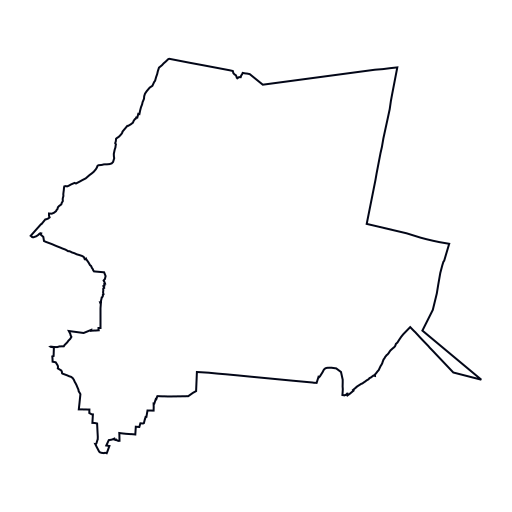 outline of Villa González Ortega, Zacatecas, Mexico
{"feature_id": "50627088B17706394506285", "entity_name": "Villa González Ortega", "entity_type": "district", "adm_level": 2, "iso_a3": "MEX", "parent_name": "Mexico", "parent_adm1": "Zacatecas", "projection": "mercator", "projection_center": [-101.992, 22.544], "detail": "fine", "context": "isolated", "style": "outline", "palette": "ink", "viewbox_px": 512, "rotation_deg": 0, "n_neighbors": 0, "source": "geoboundaries", "source_scale": "gbopen_adm2", "svg_char_len": 5760}
<svg xmlns="http://www.w3.org/2000/svg" viewBox="0 0 512 512"><path d="M249.7,74.1L248.6,73.9L247.3,73.6L245.2,73.4L242.7,72.9L242.1,74.3L241.2,75.5L240.7,77.2L239.1,77.1L237.3,78.3L236.7,77.6L236.6,76.8L235.8,75.2L234.5,74.4L233.4,73.2L232.8,71.0L229.8,70.3L203.4,65.3L189.9,62.8L169.3,58.8L168.3,59.1L165.7,61.6L163.6,63.4L162.1,65.1L160.4,66.5L159.0,67.6L157.8,71.3L157.2,74.0L156.1,77.1L155.1,80.7L154.1,82.1L152.4,85.8L149.7,87.6L148.1,89.5L146.6,91.3L145.0,93.7L144.2,96.2L144.0,98.7L143.3,100.5L142.6,102.1L142.1,104.4L141.0,107.2L140.1,110.6L139.4,114.1L138.3,113.8L137.3,117.6L136.3,117.4L135.6,118.8L134.9,119.1L133.7,120.8L132.9,122.7L130.8,124.3L128.1,125.9L127.3,125.9L124.1,129.7L122.5,131.6L122.3,132.6L121.5,133.9L119.9,135.7L118.8,136.8L117.1,137.9L116.1,138.7L115.8,141.3L115.2,143.2L115.9,144.3L115.7,145.2L115.4,147.5L114.7,149.6L113.8,153.9L113.9,156.4L114.2,158.2L113.1,161.9L111.7,163.4L109.5,164.1L107.2,164.3L105.3,164.3L103.8,164.4L101.9,164.9L100.1,165.1L98.7,165.2L97.8,165.6L97.3,166.2L96.9,167.6L96.5,168.1L95.9,169.2L94.8,170.5L93.7,171.8L91.8,173.4L89.6,175.0L87.3,177.0L85.7,178.4L83.3,179.6L81.6,180.5L80.2,181.3L76.0,183.5L74.6,182.9L71.1,184.4L68.6,185.8L67.1,186.4L65.7,186.1L64.3,186.4L64.0,187.8L63.8,190.1L63.5,192.4L63.3,194.1L63.4,196.0L62.8,198.2L62.7,199.4L62.8,200.6L62.8,201.1L61.7,203.0L61.3,204.4L59.1,206.0L57.9,207.3L57.5,209.0L56.6,210.0L56.0,211.2L53.9,212.8L51.7,213.7L49.0,213.5L49.0,215.8L49.6,217.4L48.2,218.5L46.2,219.3L45.9,219.3L45.3,219.4L41.5,224.1L41.0,224.2L35.4,230.5L30.7,235.8L31.9,236.7L31.9,236.9L32.5,237.2L33.3,237.3L36.2,236.3L38.3,234.9L39.0,234.1L40.3,233.2L41.1,233.4L40.5,234.4L43.3,236.9L44.0,241.0L44.5,241.2L45.4,241.7L46.5,242.1L51.6,244.0L52.6,244.4L54.6,245.3L56.5,246.1L60.6,247.7L62.4,248.5L64.9,249.4L65.6,249.7L67.0,250.5L68.1,251.2L69.3,251.2L70.6,251.7L71.8,252.4L74.4,253.2L76.7,254.3L79.2,255.0L81.9,255.9L83.2,256.6L84.1,257.4L84.5,258.8L85.1,259.4L85.5,259.2L86.0,258.7L86.2,259.2L87.7,261.3L88.6,262.6L90.0,265.1L91.1,266.0L91.9,267.9L92.9,269.3L93.2,270.3L93.7,271.0L94.0,271.4L104.1,272.3L105.6,276.1L104.9,279.0L103.6,280.5L104.0,281.3L104.3,281.7L105.1,283.8L104.2,284.1L104.5,285.6L103.4,286.1L103.9,287.0L104.2,287.9L103.3,288.5L103.2,289.2L103.3,290.6L103.1,291.9L103.1,292.7L103.4,293.7L103.5,294.3L102.9,294.6L102.8,295.0L102.9,295.5L102.9,295.9L102.7,296.3L102.2,297.3L101.7,297.5L101.6,298.2L101.0,300.9L101.0,302.5L100.1,302.4L100.8,304.4L100.5,308.2L100.5,309.4L100.5,328.0L98.5,328.0L98.5,329.1L98.7,330.3L96.1,330.5L92.9,330.6L91.1,330.8L91.2,329.9L83.6,333.0L68.8,331.0L69.8,332.9L70.4,334.2L70.6,335.3L71.4,336.9L70.2,338.9L68.5,340.6L67.2,342.4L66.2,343.4L64.5,345.1L63.8,346.3L59.5,346.4L57.2,347.1L53.9,347.0L50.8,346.6L50.5,346.7L50.8,346.9L53.9,347.3L53.6,356.0L52.3,356.4L52.5,358.8L52.6,361.7L55.7,362.3L57.4,365.0L57.9,366.1L58.0,367.1L57.8,368.4L61.3,370.5L61.9,371.8L62.0,373.1L62.4,373.6L63.5,374.0L67.3,375.4L69.0,376.2L71.2,376.9L72.8,378.2L73.9,379.9L74.8,382.0L75.6,383.3L76.5,385.1L77.4,387.3L78.4,389.6L78.7,391.3L80.2,393.7L80.4,394.3L79.4,403.9L78.8,409.4L81.1,409.4L86.7,409.5L88.8,409.5L89.4,409.5L89.3,413.0L90.4,413.6L91.6,414.3L92.9,414.4L92.4,422.9L94.6,423.0L96.3,423.3L97.1,423.5L97.5,431.5L97.8,436.9L97.7,439.5L97.5,439.8L96.4,443.4L95.8,444.2L95.3,444.1L96.7,447.0L98.1,449.6L98.7,450.8L99.1,451.5L99.7,452.2L101.3,452.8L103.6,453.1L104.0,453.1L104.6,452.9L105.7,452.9L106.3,453.0L106.7,453.2L107.1,452.3L109.4,446.0L106.3,445.5L108.7,440.3L108.8,440.1L110.9,439.8L112.2,439.5L114.1,438.7L114.1,439.4L115.7,439.5L115.6,440.0L116.8,440.2L118.3,440.9L119.5,440.8L119.4,435.3L119.3,433.0L120.7,433.2L123.1,433.5L125.0,433.7L125.9,433.8L127.3,433.9L130.2,434.1L131.2,434.1L133.6,434.3L135.3,434.5L135.8,426.7L139.3,427.0L140.4,423.3L143.0,423.5L143.9,423.1L144.9,419.1L145.0,419.1L145.6,416.9L146.4,416.9L147.5,410.5L153.6,410.6L153.7,407.1L153.6,403.5L154.3,403.6L155.8,399.0L156.3,399.2L157.3,396.2L157.6,396.1L159.1,396.2L161.5,396.3L163.2,396.3L166.3,396.4L168.0,396.5L188.2,396.2L193.0,392.8L196.1,391.1L196.9,372.0L208.6,372.7L217.5,373.6L226.1,374.3L237.8,375.4L249.9,376.6L255.2,377.1L291.7,380.6L312.3,382.5L314.1,382.8L315.6,382.8L316.6,382.9L318.1,378.2L318.5,376.9L319.0,377.3L319.9,376.4L322.5,372.3L323.9,369.6L325.4,368.3L327.2,367.8L331.2,367.7L336.2,368.4L341.0,372.0L342.7,379.7L342.7,382.6L342.6,386.5L342.8,389.1L342.7,391.2L342.6,392.8L342.5,393.9L342.4,395.0L343.3,395.2L343.8,395.2L344.4,395.4L345.1,395.0L345.8,395.0L347.1,393.6L347.3,393.6L347.2,394.5L347.5,395.4L349.9,393.7L351.9,392.0L353.5,390.7L353.0,390.0L356.6,387.0L356.6,386.8L361.3,383.8L362.3,383.5L363.0,383.0L364.1,382.2L365.2,381.5L365.8,381.0L366.9,380.2L368.2,379.5L368.9,378.9L369.5,378.1L370.7,377.6L371.5,377.0L373.5,375.5L375.0,375.9L374.9,374.6L376.0,373.4L377.5,371.4L378.7,370.1L380.0,367.3L380.8,365.7L381.5,364.7L381.9,363.9L382.3,363.1L382.6,362.0L383.3,360.2L383.5,359.5L384.1,358.8L384.7,357.9L385.2,356.9L385.9,356.1L386.6,355.1L387.4,354.6L388.6,353.2L389.6,351.6L390.4,350.5L392.7,348.4L394.3,347.1L395.1,346.1L395.4,345.4L395.9,343.9L397.4,342.6L399.1,339.9L401.2,336.8L403.3,334.2L410.2,327.1L412.9,329.9L414.6,331.6L415.4,332.3L415.9,332.9L418.5,335.7L419.1,336.4L422.2,339.7L425.4,343.0L428.4,346.1L429.8,347.8L431.1,349.1L433.8,351.9L435.2,353.4L453.3,372.5L481.3,379.7L422.4,330.6L432.8,309.9L436.8,293.5L438.3,284.3L440.3,272.9L442.3,265.3L443.4,261.8L444.2,260.7L445.8,255.2L448.0,247.8L449.2,243.8L439.3,242.1L433.2,240.8L426.4,239.2L420.7,237.7L406.6,233.3L366.7,223.9L375.4,180.3L376.6,173.4L378.5,163.5L380.5,153.1L381.9,147.0L383.4,138.3L387.7,118.5L389.7,109.2L390.9,100.9L392.1,94.4L397.3,67.4L389.9,68.2L383.0,69.1L375.1,69.7L262.8,84.7L249.7,74.1Z" fill="none" stroke="#020617" stroke-width="2"/></svg>